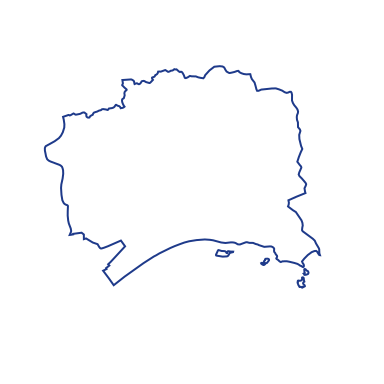 outline of Quang Trach, Quảng Bình, Vietnam, rotated 68°
{"feature_id": "81297802B61927033163821", "entity_name": "Quang Trach", "entity_type": "district", "adm_level": 2, "iso_a3": "VNM", "parent_name": "Vietnam", "parent_adm1": "Quảng Bình", "projection": "robinson", "projection_center": [106.399, 17.873], "detail": "fine", "context": "isolated", "style": "outline", "palette": "blue", "viewbox_px": 384, "rotation_deg": 68, "n_neighbors": 0, "source": "geoboundaries", "source_scale": "gbopen_adm2", "svg_char_len": 5903}
<svg xmlns="http://www.w3.org/2000/svg" viewBox="0 0 384 384"><g transform="rotate(68 192 192)"><path d="M249.1,299.5L245.2,286.1L239.8,263.6L237.5,251.5L237.3,249.1L236.7,245.2L235.8,233.0L235.7,228.3L235.8,223.1L236.0,218.0L236.6,213.2L238.3,205.8L240.8,197.9L243.1,193.2L244.7,190.5L249.7,183.9L251.8,180.1L253.3,174.7L254.2,172.7L255.1,171.3L256.0,170.4L257.6,169.2L258.0,168.5L258.6,167.2L258.8,161.0L259.1,159.9L260.6,157.9L262.1,154.4L264.1,152.4L265.3,150.7L266.2,150.0L269.9,145.6L271.6,140.2L272.2,138.9L273.2,137.9L274.2,137.3L274.9,137.1L275.5,137.1L276.9,137.8L278.2,138.2L280.0,137.7L281.1,137.7L282.8,137.1L283.6,137.2L284.1,137.5L285.1,138.7L285.4,138.7L285.9,138.6L286.9,137.8L288.9,136.9L289.8,136.3L290.2,135.9L290.2,134.0L291.7,130.1L293.1,127.9L296.1,123.7L298.2,121.1L300.2,119.6L301.0,119.2L301.4,118.5L302.0,118.0L302.8,117.7L303.2,117.1L303.2,116.8L303.0,116.3L302.1,115.8L301.0,115.6L299.3,116.0L297.6,116.0L295.8,112.8L293.8,108.2L292.8,104.3L292.6,103.8L292.6,100.7L293.1,99.0L294.3,98.3L296.0,98.1L297.8,97.7L298.2,97.5L298.5,97.0L296.6,96.9L292.7,95.5L291.4,95.5L286.1,96.3L283.1,96.4L280.6,97.5L270.0,104.0L268.9,104.3L268.0,104.0L266.2,103.0L264.6,101.9L262.0,101.2L259.3,101.1L249.5,103.2L246.6,105.3L241.4,108.4L239.9,107.1L238.3,106.2L235.8,105.7L235.5,96.9L235.5,87.2L233.8,87.0L230.7,86.3L228.8,84.2L227.5,83.2L226.0,83.3L220.6,85.1L217.6,86.4L215.7,86.5L214.0,85.2L210.4,81.5L209.2,81.3L207.5,81.9L203.4,83.0L199.7,79.9L195.9,76.3L193.4,73.6L190.1,73.6L183.2,72.6L179.2,71.2L176.0,68.6L174.4,68.5L171.6,69.4L167.1,67.7L164.4,67.6L161.8,66.8L160.2,65.9L158.4,64.2L157.1,63.5L155.0,63.3L152.9,63.7L149.8,64.7L147.3,65.1L144.6,65.0L139.3,62.8L137.1,62.5L136.1,62.8L135.7,63.8L135.8,65.8L135.5,67.2L134.2,68.7L131.8,70.4L129.5,72.8L127.3,75.5L125.9,79.3L123.0,89.4L123.1,92.3L122.6,93.7L120.9,93.8L117.1,93.3L113.9,93.0L109.7,94.2L107.3,94.2L104.6,93.8L104.4,94.2L103.3,97.5L102.0,99.8L100.3,101.8L98.6,103.2L97.5,103.4L97.0,103.7L96.7,105.1L96.6,107.7L96.2,110.4L95.8,112.5L95.4,113.1L94.7,113.7L93.3,114.8L91.5,115.2L88.6,115.5L87.1,116.6L85.7,119.2L84.2,124.4L85.8,130.2L88.6,136.0L90.1,137.5L90.8,138.9L89.3,141.4L88.0,143.3L86.3,145.1L84.6,149.0L83.6,150.5L84.1,153.1L84.1,154.9L83.8,155.6L83.3,155.9L80.6,155.8L78.1,156.1L76.9,156.5L76.3,157.2L76.3,158.2L75.5,158.9L72.5,160.4L72.0,161.9L71.5,162.4L72.0,164.0L72.0,164.8L71.6,166.4L71.8,167.2L71.8,168.7L71.6,169.2L69.0,171.0L68.9,171.3L68.7,175.9L68.1,177.1L67.7,178.3L69.0,179.3L69.6,180.3L69.9,181.5L69.8,182.0L70.0,182.4L70.6,183.0L70.9,183.4L71.0,183.9L71.0,184.9L70.9,185.9L71.0,186.2L71.4,186.4L72.2,186.5L73.4,186.2L74.8,189.3L75.1,190.3L75.0,190.7L72.9,193.4L72.2,194.0L71.5,194.4L70.9,195.1L70.5,196.7L70.6,197.3L71.4,198.3L72.0,199.3L72.2,200.1L72.2,200.8L71.8,201.3L70.7,202.2L70.4,202.9L70.4,204.8L70.0,204.8L67.7,204.3L66.9,204.5L65.6,205.4L64.8,206.3L62.1,214.6L65.1,215.3L65.6,215.5L66.7,216.7L67.1,216.7L67.9,216.3L69.9,215.5L72.2,214.3L72.8,214.3L73.0,214.6L73.6,216.3L74.1,217.0L75.1,217.7L77.1,218.2L79.4,220.0L79.6,220.5L79.7,221.6L80.2,222.2L80.9,222.6L82.3,223.0L84.3,223.1L86.5,222.9L87.6,222.6L87.9,223.5L88.0,224.7L87.6,226.7L87.0,226.7L86.0,226.9L85.2,227.3L84.0,228.8L82.9,229.5L82.7,229.8L82.7,230.1L84.0,232.1L84.3,233.3L84.2,234.9L83.5,237.6L83.5,237.9L84.2,238.8L84.3,239.1L84.3,239.6L83.3,240.8L81.8,243.4L81.7,244.1L81.6,244.7L82.0,245.7L81.9,246.5L81.7,247.6L81.9,249.9L81.7,251.7L81.7,253.3L82.3,254.3L83.2,255.1L83.3,256.6L83.6,258.0L84.5,259.2L84.4,259.8L83.8,260.9L82.8,261.5L81.8,261.5L80.3,260.7L78.0,262.0L77.6,262.8L77.4,263.9L77.6,265.9L77.6,266.7L76.9,270.3L76.7,270.9L76.2,271.4L75.5,271.8L74.8,272.5L75.3,275.9L75.2,276.7L74.6,277.2L74.3,277.7L74.2,280.0L74.0,283.4L76.8,283.8L81.3,284.9L84.4,286.3L88.2,289.4L90.7,292.4L92.2,295.2L93.5,300.4L94.7,310.3L95.0,310.9L96.2,312.0L98.6,312.9L101.4,313.4L104.4,314.0L107.4,314.0L109.2,313.1L110.7,311.8L117.4,304.5L118.7,303.6L119.9,303.1L121.5,303.1L123.6,303.4L126.9,304.6L131.0,306.9L136.0,310.3L139.2,311.9L145.8,314.1L151.1,315.3L154.0,315.1L155.2,314.7L156.3,313.9L157.6,312.5L158.1,312.3L158.6,312.3L163.0,314.3L167.3,316.1L172.1,317.5L175.1,318.0L180.4,318.1L182.8,318.6L183.5,319.0L186.0,321.5L186.3,320.4L186.8,318.0L186.3,317.8L188.4,309.6L190.9,308.2L195.2,309.9L195.4,307.6L201.7,302.9L205.0,299.1L208.4,298.6L209.6,298.2L210.2,297.7L210.5,296.9L210.7,294.6L210.8,290.3L210.4,276.1L217.3,274.4L226.4,293.7L227.6,296.8L229.2,296.2L230.4,300.2L231.4,300.1L231.7,303.9L241.0,301.4L249.1,299.5ZM260.3,192.9L263.4,187.8L264.8,183.7L264.8,182.9L264.4,182.0L262.9,180.1L262.7,179.2L263.1,176.5L262.7,176.2L261.7,178.5L260.5,180.5L260.4,180.8L260.6,181.3L261.8,182.3L261.6,182.7L261.2,182.9L260.3,182.9L259.6,183.3L259.0,184.0L257.8,186.6L255.8,189.1L255.8,189.6L256.1,190.0L259.1,193.2L259.8,193.4L260.3,192.9ZM318.2,123.2L317.7,122.8L317.4,122.4L317.3,121.9L317.2,121.4L315.3,121.2L314.6,120.9L313.3,120.7L312.8,121.0L312.6,121.2L312.6,122.0L314.5,122.8L314.8,123.4L314.9,124.3L314.7,125.3L313.9,126.7L314.0,127.1L314.5,127.5L315.2,127.5L315.5,127.7L315.7,128.1L318.3,128.2L319.1,128.0L319.9,128.0L320.4,127.8L320.5,127.5L320.4,127.1L320.6,126.8L321.7,125.9L321.3,125.6L321.2,125.2L321.5,124.8L321.9,124.5L321.7,122.7L321.0,122.5L320.4,122.6L319.7,123.1L318.2,123.2ZM285.3,151.9L286.1,151.0L285.9,150.7L285.4,150.6L285.8,149.9L285.8,149.0L284.3,146.4L284.0,146.1L283.5,145.9L283.0,146.0L282.6,146.3L282.0,147.2L281.5,148.9L281.9,149.6L282.6,149.8L282.8,150.0L282.9,150.8L283.9,151.7L284.5,152.4L284.5,152.8L283.8,153.9L283.9,154.6L284.5,154.6L285.5,154.0L286.4,153.2L286.6,152.4L286.5,152.0L285.3,151.9ZM311.4,117.4L311.5,116.1L311.4,115.0L310.9,114.5L310.1,114.1L308.8,114.2L307.7,115.2L306.3,115.6L306.0,115.8L305.6,116.4L305.7,116.8L306.0,117.0L308.3,117.7L309.1,117.7L309.4,117.8L309.5,118.1L309.5,119.0L310.1,118.8L310.7,118.9L311.0,118.7L311.4,117.4Z" fill="none" stroke="#1e3a8a" stroke-width="2"/></g></svg>